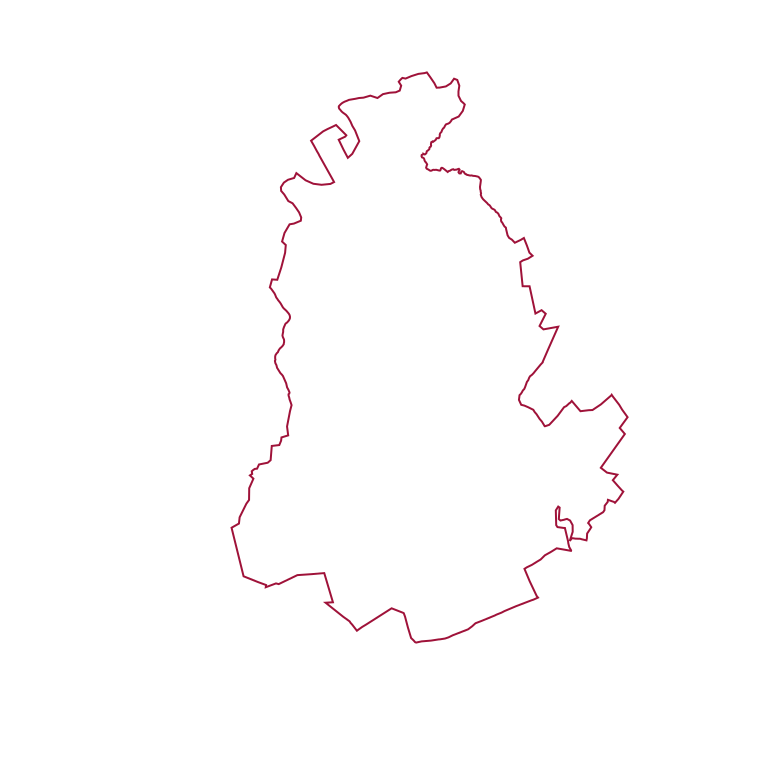 the district of Ixtacomitán, Chiapas, Mexico, rotated 329°
{"feature_id": "50627088B13512547734143", "entity_name": "Ixtacomitán", "entity_type": "district", "adm_level": 2, "iso_a3": "MEX", "parent_name": "Mexico", "parent_adm1": "Chiapas", "projection": "natural_earth1", "projection_center": [-93.084, 17.427], "detail": "fine", "context": "isolated", "style": "outline", "palette": "rose", "viewbox_px": 768, "rotation_deg": 329, "n_neighbors": 0, "source": "geoboundaries", "source_scale": "gbopen_adm2", "svg_char_len": 6154}
<svg xmlns="http://www.w3.org/2000/svg" viewBox="0 0 768 768"><g transform="rotate(329 384 384)"><path d="M552.3,132.5L552.4,137.1L548.6,140.6L544.3,140.0L538.8,137.2L532.4,135.0L525.7,135.5L520.8,129.8L513.9,128.0L509.9,126.0L506.4,124.8L500.3,122.4L498.5,122.2L495.6,121.7L493.1,121.6L491.0,121.9L488.5,122.6L487.9,123.2L487.4,124.8L487.7,126.3L488.0,128.5L488.5,130.1L490.0,133.6L490.3,135.3L490.5,137.2L490.4,141.9L489.8,146.5L489.8,151.7L487.9,163.1L475.3,170.4L469.5,171.5L470.0,162.1L471.0,151.3L478.2,152.0L479.8,151.4L476.3,137.3L471.7,136.9L467.0,136.4L462.0,136.1L446.8,137.9L446.7,143.9L446.4,150.0L446.4,152.9L446.2,155.1L445.3,183.4L445.2,185.2L441.1,184.9L433.1,181.1L426.6,176.0L421.7,169.0L417.5,158.1L413.1,161.1L406.9,159.5L401.9,159.8L397.0,162.2L395.3,165.5L396.1,170.2L396.2,177.9L398.7,182.0L399.3,187.9L399.6,193.2L398.8,198.6L396.8,201.2L389.4,200.1L385.3,198.5L376.5,203.3L370.0,209.4L371.4,214.3L366.8,220.6L356.0,231.2L346.2,239.7L341.9,236.7L335.9,242.4L336.3,244.0L336.8,249.8L336.7,251.3L336.2,254.3L336.4,256.1L336.4,257.4L336.8,260.3L336.9,262.0L336.8,266.0L337.0,267.5L337.8,270.2L338.1,271.4L338.6,274.6L338.6,276.1L338.2,277.6L337.4,279.0L336.3,279.9L335.0,280.6L332.5,281.4L330.9,281.5L330.1,281.9L328.6,283.0L327.7,283.6L325.7,285.3L324.4,287.4L322.9,289.0L321.9,290.2L321.5,291.6L321.2,294.3L320.7,295.4L319.9,296.7L319.0,297.6L318.5,298.3L316.5,299.2L314.5,299.7L313.2,299.9L312.5,300.2L311.0,300.9L309.4,302.1L307.9,302.4L305.8,303.4L304.8,304.5L303.9,306.0L303.4,307.3L302.4,308.0L301.6,310.3L301.5,312.4L300.7,315.0L300.8,321.3L301.3,323.4L301.5,325.1L301.3,326.7L300.5,333.0L299.2,337.0L299.1,339.5L298.7,342.5L297.9,343.4L296.9,343.6L296.2,344.9L295.8,346.7L295.1,348.7L294.6,351.4L293.9,354.5L289.5,358.8L279.0,370.5L275.4,378.7L268.6,377.0L266.6,379.6L262.8,382.4L255.9,379.3L247.6,390.9L243.8,391.6L235.4,388.6L231.6,391.2L229.4,390.2L227.2,390.4L225.7,390.7L224.7,393.2L222.0,393.3L223.3,397.9L214.8,403.9L208.6,413.9L204.4,415.7L191.6,423.9L187.8,428.9L179.3,428.7L164.6,476.5L174.0,488.9L179.4,495.6L178.0,497.3L188.7,499.3L190.7,501.3L211.3,503.2L223.8,509.6L235.4,515.3L227.8,544.8L221.3,541.4L229.2,562.6L232.3,569.8L232.3,571.4L232.8,573.9L233.7,581.5L240.2,581.0L244.6,581.0L275.0,580.2L282.4,589.8L282.9,590.6L282.2,594.3L279.1,605.0L276.4,615.7L277.3,619.0L277.7,621.3L278.4,622.2L283.7,624.0L292.0,628.1L293.7,628.8L299.1,631.0L300.5,631.7L305.2,633.6L308.8,634.4L313.5,634.8L329.7,637.6L334.7,637.1L339.2,636.2L345.4,637.3L359.8,639.5L361.5,639.6L367.0,640.5L370.3,640.7L382.9,642.5L399.2,645.4L400.9,645.8L406.0,646.4L405.7,644.3L407.3,628.0L409.2,614.8L412.0,614.7L417.5,615.2L423.4,615.1L427.9,615.1L433.7,613.7L440.7,613.9L447.4,613.8L453.3,618.9L459.0,623.9L458.7,623.5L458.8,619.2L460.0,615.3L460.5,614.3L460.9,613.2L464.9,600.6L463.6,599.7L459.0,596.0L458.9,593.7L466.2,580.8L470.2,578.8L470.9,580.4L464.3,589.8L464.9,591.9L468.4,593.1L469.4,593.3L471.4,593.9L473.2,596.9L473.0,602.1L469.6,607.9L462.4,614.2L465.7,613.0L466.1,613.2L468.5,615.2L472.3,617.6L472.9,618.2L473.3,618.7L477.0,622.3L478.4,620.8L481.1,616.8L486.0,614.5L487.9,613.5L487.7,609.8L487.4,608.3L490.3,606.9L505.9,606.7L508.0,605.7L510.5,602.0L515.0,600.3L516.3,598.6L516.5,598.8L518.9,601.8L520.4,603.5L520.8,604.8L525.9,603.2L533.7,599.5L533.2,598.0L532.0,592.0L530.6,584.3L537.3,581.9L529.5,574.8L526.7,567.5L564.7,550.9L563.4,543.1L575.7,537.9L574.9,528.6L574.9,522.9L573.7,512.6L573.6,510.5L573.0,510.8L559.4,513.2L549.3,513.7L546.0,511.9L538.4,508.5L536.2,495.2L533.9,496.0L533.1,495.9L528.9,496.8L526.4,496.6L516.5,500.7L504.6,504.1L500.5,503.2L500.0,502.9L500.0,502.6L500.0,497.6L499.4,494.1L499.2,488.4L498.7,485.6L498.7,483.0L495.5,478.0L493.2,474.8L490.9,472.5L491.5,467.1L494.4,463.4L496.3,462.9L498.0,462.1L499.6,461.1L501.7,460.5L503.5,459.2L507.6,455.8L509.6,455.0L511.5,453.5L513.1,452.6L515.7,452.3L517.9,451.7L520.3,450.8L528.3,448.0L531.2,447.2L531.4,446.8L542.6,438.8L562.8,424.6L548.8,419.3L547.2,414.4L558.8,407.1L557.1,401.9L550.1,401.6L559.1,375.2L553.2,371.6L563.5,349.7L566.7,349.6L571.8,350.7L577.4,350.6L576.3,346.3L577.8,338.9L579.1,330.9L575.3,330.9L568.9,330.3L568.0,326.2L566.5,323.2L566.5,320.2L568.3,314.5L569.0,312.7L568.4,311.0L568.4,308.6L568.5,306.4L568.2,305.2L568.8,303.5L569.9,302.3L569.8,301.3L569.4,299.8L569.7,296.7L569.2,295.2L568.5,294.0L568.6,292.5L568.5,291.7L567.9,290.6L567.1,289.5L566.7,288.2L566.7,286.5L566.5,285.0L565.8,283.7L565.6,282.1L564.1,276.7L563.9,274.2L564.4,271.6L565.4,270.6L565.9,269.0L566.4,268.2L566.8,266.5L567.8,264.5L570.7,260.9L571.8,259.5L572.2,258.8L572.0,256.8L571.8,255.5L571.3,254.6L569.2,252.6L567.5,251.4L566.6,250.4L565.4,249.8L564.5,249.1L563.7,248.2L562.9,247.6L562.6,246.6L562.0,246.2L561.6,244.9L561.7,244.0L561.6,243.3L561.0,242.4L560.6,241.8L560.2,241.7L559.4,242.0L558.3,243.0L557.4,242.6L557.0,242.2L556.9,240.9L557.6,240.2L558.7,239.7L559.2,239.2L559.0,238.1L558.3,237.9L556.6,237.6L554.4,236.6L554.0,235.6L552.9,235.2L551.6,235.1L550.6,235.2L548.9,234.8L547.8,235.1L546.4,231.2L545.4,228.9L544.8,228.4L543.9,228.5L543.1,229.3L542.4,229.8L541.9,229.9L541.2,229.4L539.0,227.2L537.7,226.6L536.6,225.8L536.0,225.6L534.8,225.6L533.9,225.3L533.2,224.6L532.6,223.2L531.5,221.5L531.5,220.3L533.2,218.7L534.1,218.0L534.1,215.5L533.8,214.6L533.9,213.2L534.3,212.1L534.4,211.0L533.9,210.0L533.3,209.3L533.5,208.0L534.3,207.1L536.0,207.3L536.3,206.9L537.1,208.2L537.5,208.3L539.1,208.0L540.6,206.5L541.5,206.5L543.7,206.1L544.3,205.5L544.5,205.0L545.2,204.6L546.3,204.6L547.2,203.9L547.6,202.8L548.6,201.6L549.0,201.1L550.6,201.1L550.7,201.7L553.1,201.5L554.2,201.3L555.6,200.4L556.8,201.0L557.5,201.5L558.4,201.2L559.8,199.8L560.3,198.8L561.3,198.0L563.1,197.5L564.4,196.4L566.2,195.4L567.6,195.2L568.9,194.3L570.7,193.4L572.1,193.6L573.2,193.9L574.7,193.9L576.2,193.4L577.4,192.9L578.3,192.3L585.8,193.2L592.2,190.5L597.2,186.0L596.8,184.2L595.8,181.1L596.3,175.3L598.5,171.6L602.2,167.1L603.4,161.1L601.3,158.4L596.0,160.7L590.3,160.8L584.4,158.6L581.7,157.1L582.1,152.2L581.7,145.1L581.2,139.0L578.9,138.4L573.2,135.9L566.1,134.2L559.8,133.3L557.4,131.1L555.0,131.6L552.3,132.5Z" fill="none" stroke="#9f1239" stroke-width="2"/></g></svg>